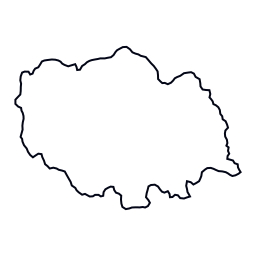 the district of Carmo da Mata, Minas Gerais, Brazil
{"feature_id": "56859067B40165996616507", "entity_name": "Carmo da Mata", "entity_type": "district", "adm_level": 2, "iso_a3": "BRA", "parent_name": "Brazil", "parent_adm1": "Minas Gerais", "projection": "albers", "projection_center": [-44.883, -20.561], "detail": "fine", "context": "isolated", "style": "outline", "palette": "ink", "viewbox_px": 256, "rotation_deg": 0, "n_neighbors": 0, "source": "geoboundaries", "source_scale": "gbopen_adm2", "svg_char_len": 2738}
<svg xmlns="http://www.w3.org/2000/svg" viewBox="0 0 256 256"><path d="M219.8,110.0L218.3,107.2L215.8,105.2L213.4,104.1L212.7,101.4L211.2,99.3L209.5,97.4L210.3,94.0L209.4,90.2L205.9,90.0L202.6,89.5L200.5,86.4L200.3,83.3L199.6,79.2L195.6,76.9L193.9,73.6L191.1,72.2L188.6,72.5L184.0,73.2L180.3,75.8L177.0,77.1L174.8,78.3L173.1,80.6L171.0,82.7L167.8,84.2L164.8,82.9L162.3,83.1L160.5,81.5L158.1,79.0L158.0,75.2L157.6,71.4L155.8,68.7L153.8,66.0L151.2,63.4L148.4,60.1L145.8,57.1L143.1,56.4L140.7,55.8L138.4,54.4L135.4,53.6L132.4,52.3L130.0,49.3L126.6,46.9L122.8,47.1L119.6,48.8L117.1,50.2L115.5,52.0L113.6,55.0L111.0,57.2L107.6,57.8L104.8,58.4L100.3,58.4L97.8,59.0L95.4,59.4L91.8,60.1L89.4,60.9L87.0,62.2L84.9,64.2L82.1,66.0L80.0,69.7L77.2,70.0L76.5,66.9L75.2,64.2L71.8,65.2L68.2,66.3L64.5,64.9L62.2,63.6L60.6,61.7L58.4,60.5L55.2,59.7L51.8,59.5L49.3,59.8L46.9,60.1L44.3,60.5L41.9,61.5L40.0,64.7L38.3,67.3L35.2,68.6L33.7,70.7L32.6,73.6L30.2,74.5L28.5,71.7L24.6,71.6L22.1,72.6L20.7,76.5L20.3,80.3L21.1,83.7L20.8,86.8L20.7,91.1L20.3,94.5L17.9,97.0L15.4,99.7L15.4,103.9L18.2,106.6L21.1,107.9L21.5,110.6L22.7,112.9L23.5,116.0L23.6,118.9L22.8,122.3L22.4,125.7L22.6,129.6L21.6,133.2L20.6,136.9L22.1,138.9L22.5,141.6L24.0,145.2L26.7,148.5L28.0,151.8L30.2,155.0L32.9,157.3L35.7,155.4L38.3,153.7L41.5,154.1L42.3,157.1L44.0,160.7L45.1,164.2L47.5,166.1L49.7,168.5L53.3,167.7L56.6,168.5L58.8,169.8L61.8,170.5L64.8,171.5L66.7,175.0L68.9,178.9L70.6,181.8L71.8,185.5L75.3,187.9L76.6,190.3L78.7,192.3L82.1,194.7L85.0,193.9L87.5,195.3L89.7,196.5L92.9,196.3L95.0,194.9L98.6,194.9L100.8,196.4L103.2,195.8L103.6,192.1L105.4,189.3L108.2,187.7L110.7,186.6L113.4,186.9L114.3,190.2L116.0,192.7L118.8,193.6L121.2,195.6L121.0,199.7L121.4,203.6L122.4,206.9L125.8,209.1L129.1,208.5L131.9,207.5L135.9,207.3L139.7,207.4L142.8,207.0L145.1,207.5L147.9,206.1L149.9,202.8L148.4,200.1L146.0,197.2L146.7,193.1L147.6,190.0L148.5,186.4L151.0,185.0L154.8,184.7L158.0,186.5L160.1,189.5L162.0,191.7L164.4,192.6L167.8,191.2L169.5,193.9L170.0,197.2L172.5,197.0L175.0,194.8L177.9,195.3L180.2,198.1L184.0,198.5L187.0,197.4L190.0,196.5L188.8,194.2L187.5,192.0L187.0,189.0L186.2,185.8L187.0,181.2L190.8,182.2L193.4,184.5L195.9,183.2L199.1,181.2L200.3,178.6L201.3,176.1L201.9,172.2L205.1,169.5L207.3,168.1L210.8,167.9L213.5,168.8L215.8,169.9L218.6,171.1L222.3,171.4L225.8,172.2L228.0,173.4L230.1,174.9L232.4,176.0L235.5,175.3L238.6,173.7L240.6,172.1L239.2,169.8L238.0,167.4L237.7,164.3L234.6,163.2L233.0,160.5L230.6,159.8L227.3,158.9L227.6,156.0L229.2,153.7L228.0,150.9L228.6,147.4L226.4,145.7L227.4,143.1L226.9,139.7L225.2,136.6L224.9,133.5L225.4,130.5L228.0,127.7L227.0,124.4L225.6,121.2L222.7,119.3L222.2,116.2L220.3,113.9L219.8,110.0Z" fill="none" stroke="#020617" stroke-width="2"/></svg>